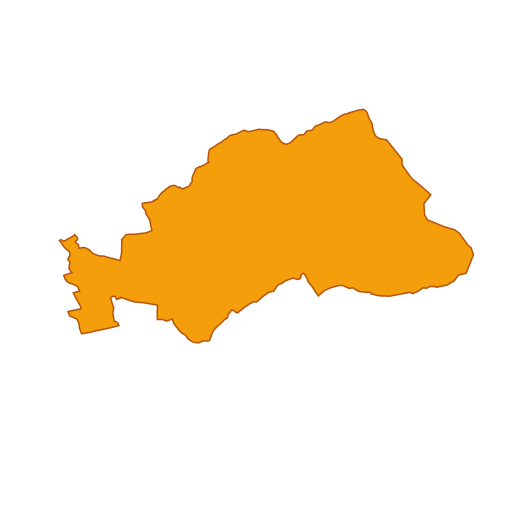 Dobarlau, Covasna, Romania, rotated 331°
{"feature_id": "2599482B41369855432730", "entity_name": "Dobarlau", "entity_type": "district", "adm_level": 2, "iso_a3": "ROU", "parent_name": "Romania", "parent_adm1": "Covasna", "projection": "orthographic", "projection_center": [25.881, 45.721], "detail": "fine", "context": "isolated", "style": "filled", "palette": "amber", "viewbox_px": 512, "rotation_deg": 331, "n_neighbors": 0, "source": "geoboundaries", "source_scale": "gbopen_adm2", "svg_char_len": 6038}
<svg xmlns="http://www.w3.org/2000/svg" viewBox="0 0 512 512"><g transform="rotate(331 256 256)"><path d="M431.5,372.9L446.8,360.3L448.1,353.2L446.7,349.4L444.9,334.8L442.4,329.4L434.6,321.4L423.4,307.5L423.4,301.6L428.2,291.7L438.6,287.2L434.6,275.9L429.9,264.0L429.2,259.4L427.9,247.4L430.6,242.0L426.6,218.0L420.6,212.7L418.9,209.0L418.8,207.3L419.1,205.3L419.5,202.6L420.6,199.1L421.2,197.7L421.7,196.2L421.8,195.4L421.8,193.9L421.6,190.2L422.4,186.3L422.7,184.1L422.6,183.1L422.2,181.9L421.9,181.3L421.4,180.6L421.2,179.9L416.9,178.4L415.1,177.6L414.6,177.6L411.9,177.1L409.7,176.6L406.9,175.9L404.7,175.7L402.4,175.0L400.3,174.7L398.2,174.6L395.7,174.8L393.1,175.1L390.8,175.3L388.3,175.6L386.8,175.5L385.2,175.1L381.7,172.4L380.5,172.1L376.1,172.0L374.3,171.8L372.7,171.4L371.8,171.3L370.9,171.3L368.5,172.0L367.8,172.4L366.9,172.9L366.0,173.1L365.1,172.9L363.8,172.2L362.8,171.7L361.7,171.4L361.0,171.4L360.3,171.5L359.0,172.2L357.4,172.9L356.9,173.0L356.3,172.9L355.5,172.6L354.7,172.2L353.7,171.6L353.2,171.3L352.6,171.1L351.9,171.1L350.9,171.1L349.5,171.3L347.0,172.1L346.2,172.3L344.5,172.5L343.1,173.1L341.1,173.5L338.4,173.3L337.2,173.1L335.7,172.2L334.7,170.9L333.4,168.5L333.1,166.7L333.2,164.9L332.9,164.2L332.4,163.2L332.6,162.0L332.6,161.5L332.6,161.0L332.9,160.5L332.8,159.6L332.1,157.4L331.9,156.5L331.9,156.1L332.1,155.9L330.7,154.3L328.1,151.9L326.6,150.7L324.7,149.5L322.4,148.3L321.5,147.5L320.7,146.9L318.6,146.2L315.0,145.2L312.8,144.7L311.9,144.4L309.3,143.3L308.0,141.9L307.0,140.4L306.3,140.2L305.2,140.1L304.0,140.0L298.5,139.8L297.0,139.7L296.0,139.2L295.3,138.8L294.3,138.5L293.0,138.4L291.3,137.9L287.8,138.9L285.8,139.0L284.8,138.9L283.9,139.0L282.3,139.5L280.0,139.7L278.4,139.5L277.7,139.5L276.9,139.6L274.7,139.8L273.5,140.0L272.7,140.0L270.9,140.1L267.9,140.1L266.8,140.4L263.5,144.4L261.1,147.9L260.2,149.5L259.9,150.4L260.2,151.2L258.8,151.0L257.5,151.0L256.8,151.2L255.5,151.2L252.0,151.0L250.8,151.1L250.0,150.6L247.9,150.5L247.0,150.5L246.0,150.5L245.3,150.7L244.5,151.3L243.9,151.9L242.8,152.8L240.7,154.3L239.7,155.2L238.9,155.8L238.3,156.4L237.8,157.0L237.4,157.8L237.1,158.4L236.6,159.3L236.1,159.9L235.6,160.2L234.3,160.7L233.3,161.2L232.7,161.9L231.8,162.3L230.8,162.5L229.7,162.1L228.5,162.0L226.8,162.2L226.1,161.7L224.3,161.7L224.0,161.8L223.6,160.7L222.9,159.3L222.7,158.7L221.7,158.9L221.0,157.8L219.7,155.7L218.9,154.8L218.4,154.4L217.1,154.0L215.7,153.5L213.5,153.3L211.9,153.8L209.1,153.9L207.4,154.5L205.0,154.8L204.2,154.9L203.4,155.3L201.4,156.0L197.4,158.3L196.4,158.1L195.8,158.2L195.5,158.0L194.6,157.9L193.8,158.5L193.5,157.9L192.9,158.0L191.9,158.2L190.9,158.2L190.6,158.2L188.5,157.4L188.7,157.1L185.9,156.2L185.2,155.9L183.4,155.4L182.3,154.7L182.1,155.0L181.3,156.2L181.1,156.6L181.0,156.9L180.8,157.4L180.8,158.2L180.7,158.2L180.7,158.8L180.7,159.8L181.1,161.4L181.2,161.9L181.3,162.0L181.2,163.2L181.1,163.3L180.4,164.8L180.3,165.3L180.2,165.8L180.2,166.7L180.5,169.9L180.6,171.4L180.6,172.0L180.3,173.3L179.0,177.5L178.7,178.6L178.4,179.3L178.3,179.8L177.4,183.1L175.0,183.0L172.6,182.7L171.6,182.6L169.6,182.0L168.0,181.3L166.0,180.3L163.8,179.6L163.0,179.3L161.9,178.8L161.2,178.4L160.2,178.0L155.9,175.6L152.6,174.3L149.0,175.7L147.7,176.3L147.1,176.3L146.5,176.5L146.2,177.3L144.8,179.8L143.7,181.6L142.5,183.6L140.5,187.2L140.7,187.3L138.8,189.5L134.9,194.0L133.9,193.1L131.9,191.2L129.7,188.9L128.2,187.6L126.6,186.2L125.9,185.4L124.6,184.1L124.4,183.9L122.8,182.2L122.3,181.9L120.6,181.1L120.0,180.6L118.2,179.2L117.6,178.6L116.4,177.0L115.1,175.5L114.8,175.0L114.4,174.2L114.1,173.1L113.5,171.5L113.3,170.9L113.2,170.5L113.2,170.1L113.3,169.4L112.4,168.9L112.1,168.6L111.9,168.2L111.7,167.5L111.4,167.0L111.0,166.4L110.3,165.8L109.8,165.3L109.3,165.0L108.5,164.6L107.3,164.3L105.0,163.4L105.7,161.3L106.0,160.6L106.1,160.1L105.9,159.3L105.5,158.4L105.0,157.4L104.8,156.8L104.9,156.2L105.1,155.7L105.4,155.6L105.9,155.6L106.9,155.5L107.7,155.2L108.3,154.6L108.6,153.9L108.6,153.3L107.9,149.4L106.5,149.9L103.3,149.9L98.1,149.9L94.9,149.9L94.6,149.2L94.4,148.6L93.3,147.0L91.5,147.2L91.6,147.9L92.1,150.8L92.2,151.7L92.2,152.8L92.3,154.0L92.8,156.1L93.6,158.6L94.2,160.1L94.9,162.5L94.2,163.7L94.1,164.2L93.7,165.0L93.3,165.6L91.8,166.4L90.1,167.3L89.8,168.4L90.0,168.5L90.1,169.2L90.1,170.5L90.1,171.7L87.4,174.7L86.5,176.1L86.3,176.6L86.3,177.9L87.0,181.3L78.4,179.7L78.3,181.0L77.9,183.1L78.0,184.5L78.3,186.4L78.7,187.8L80.1,189.7L81.0,190.5L82.8,192.7L84.2,194.7L84.7,195.6L85.0,196.8L84.8,199.5L84.8,201.3L78.3,199.6L78.1,200.5L78.3,201.5L78.2,203.3L78.0,207.2L78.2,209.2L78.1,214.1L77.9,216.5L77.7,217.1L77.0,217.2L64.7,213.4L63.9,218.0L66.4,221.2L68.0,223.4L68.8,224.5L68.9,225.3L68.6,226.4L68.5,226.9L68.7,227.5L68.5,229.4L67.1,232.2L66.6,234.0L66.1,237.0L65.8,239.6L73.5,242.1L79.6,243.9L85.7,245.7L92.5,247.8L102.4,250.4L102.7,248.2L101.8,245.9L100.5,244.1L103.2,236.1L106.6,232.4L106.7,230.6L107.2,227.7L108.0,224.7L108.3,222.3L110.8,221.9L113.2,222.9L113.1,226.4L117.2,227.0L117.6,226.5L123.8,233.5L126.7,236.6L135.2,242.6L146.1,251.2L142.1,257.7L138.9,263.7L143.7,266.4L144.8,267.9L146.5,269.7L152.2,270.5L151.4,275.4L152.5,282.5L153.7,287.5L156.0,291.2L156.2,294.9L158.3,299.4L160.6,302.1L164.1,304.3L168.4,304.6L172.8,307.1L174.6,307.3L181.0,301.6L184.5,299.9L187.9,298.9L194.0,297.5L197.0,296.5L200.8,296.3L203.2,293.8L208.5,291.4L210.6,293.8L211.2,296.0L212.6,296.8L220.6,295.4L226.9,294.8L231.5,294.8L234.3,296.5L242.6,294.7L249.7,293.9L254.2,295.4L261.2,292.0L266.9,292.4L269.8,291.9L277.4,293.2L281.2,296.7L283.4,297.2L284.7,296.9L285.5,294.9L288.9,293.8L289.6,295.3L289.7,300.9L289.1,303.0L290.2,309.5L291.1,321.1L299.7,319.4L305.2,319.9L312.7,321.5L317.4,323.7L321.7,329.4L325.2,330.7L328.6,336.8L334.0,340.6L335.7,341.6L337.9,342.9L338.5,343.6L338.3,344.8L343.3,349.6L346.4,351.8L349.5,353.5L353.3,355.9L373.3,362.5L374.4,364.7L380.8,365.4L387.0,364.8L389.1,366.8L393.5,367.1L397.1,369.1L398.7,370.8L404.9,372.8L409.0,374.1L417.4,373.8L423.8,370.8L428.9,372.4L431.5,372.9Z" fill="#f59e0b" stroke="#b45309" stroke-width="1.5"/></g></svg>